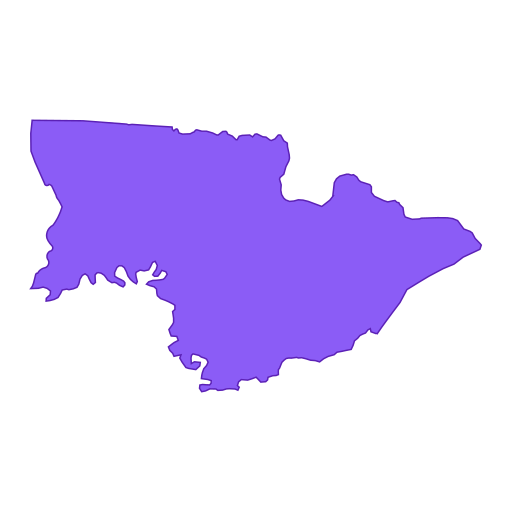 Koundara, Koundara, Guinea (Mercator projection)
{"feature_id": "49546643B96982587885478", "entity_name": "Koundara", "entity_type": "district", "adm_level": 2, "iso_a3": "GIN", "parent_name": "Guinea", "parent_adm1": "Koundara", "projection": "mercator", "projection_center": [-13.495, 12.338], "detail": "fine", "context": "isolated", "style": "filled", "palette": "violet", "viewbox_px": 512, "rotation_deg": 0, "n_neighbors": 0, "source": "geoboundaries", "source_scale": "gbopen_adm2", "svg_char_len": 5898}
<svg xmlns="http://www.w3.org/2000/svg" viewBox="0 0 512 512"><path d="M377.3,333.6L381.7,327.2L386.2,321.0L392.7,312.2L400.0,302.5L406.9,289.6L418.6,282.4L428.9,276.2L443.2,268.6L454.0,264.1L463.2,257.1L479.9,249.3L481.3,245.1L480.2,243.7L475.1,238.4L472.2,232.9L470.1,231.4L463.8,229.0L457.6,220.6L452.8,218.6L447.4,217.8L437.6,217.7L421.2,218.2L419.6,218.9L412.2,219.3L405.2,217.0L403.9,214.2L403.0,207.7L399.7,204.5L398.8,202.7L396.9,202.3L395.0,200.5L392.9,200.8L387.7,201.9L383.7,200.6L374.4,196.3L371.4,192.5L371.4,186.8L369.9,184.7L360.8,181.8L358.8,180.2L356.8,177.0L353.5,174.7L351.3,175.1L348.6,174.2L346.6,174.2L339.8,176.1L336.5,178.8L334.3,182.7L332.8,196.0L333.1,196.0L329.8,200.2L322.4,206.0L321.7,206.4L308.5,201.5L307.9,201.3L303.0,200.1L298.3,199.8L293.9,201.0L289.5,201.4L285.7,199.9L283.7,198.1L281.6,194.5L280.8,190.1L281.2,184.9L279.5,179.1L280.1,177.4L283.8,174.2L285.9,166.7L288.9,160.8L289.5,158.1L289.2,154.7L287.5,146.8L287.3,143.1L283.8,140.8L280.7,135.2L279.0,134.9L278.1,135.2L275.0,138.9L271.4,140.5L270.0,140.1L266.0,137.1L262.8,136.8L256.9,133.9L255.0,134.2L252.6,136.9L249.7,135.0L242.2,135.4L239.2,136.2L237.2,139.7L236.0,139.7L232.3,136.1L227.6,134.1L226.9,132.2L225.9,131.3L222.7,131.5L218.2,135.0L216.6,134.9L212.7,133.0L206.5,131.2L201.8,131.2L196.8,129.8L195.7,130.1L193.8,132.2L193.0,132.3L190.2,133.8L182.6,134.1L179.0,133.0L177.9,130.0L176.9,128.9L175.4,129.3L173.9,130.9L172.4,129.4L172.1,127.0L155.6,126.0L132.1,124.4L128.7,124.8L126.5,124.1L82.9,120.8L32.1,120.3L32.1,120.9L30.8,133.3L31.0,151.1L35.1,162.2L44.3,182.9L44.9,184.5L45.1,184.7L45.3,184.9L45.5,185.1L45.8,185.2L46.0,185.3L46.4,185.4L46.6,185.5L47.0,185.5L47.5,185.4L47.9,185.3L48.2,185.2L48.5,185.0L48.8,184.7L49.0,184.4L49.4,184.5L49.7,184.6L50.0,184.7L50.4,184.9L50.6,185.0L50.9,185.2L51.2,185.5L51.5,185.7L51.7,185.9L51.9,186.3L52.1,186.7L56.1,195.3L56.2,195.9L56.4,196.5L56.6,197.2L56.9,197.8L57.2,198.3L57.7,199.0L58.2,199.7L58.6,200.1L60.7,204.0L62.1,206.9L61.5,208.6L61.0,210.1L60.5,211.6L59.7,213.5L58.9,215.3L58.2,216.8L57.5,218.2L56.5,219.9L55.7,221.3L54.8,222.7L53.9,224.0L52.9,225.3L52.4,225.6L51.8,226.0L51.3,226.3L50.8,226.7L50.4,227.1L49.9,227.6L49.4,228.1L48.9,228.7L48.5,229.3L48.2,229.7L48.0,230.2L47.7,230.7L47.5,231.2L47.3,231.7L47.1,232.2L47.0,232.9L46.8,233.6L46.7,234.3L46.6,235.0L46.6,235.8L46.7,236.7L46.8,237.4L46.9,237.9L47.0,238.3L47.5,239.4L47.9,240.3L48.4,241.2L49.1,242.2L49.6,243.0L50.4,244.0L51.2,244.9L51.9,245.7L52.1,246.0L52.3,246.2L52.5,246.5L52.6,246.9L52.7,247.4L52.8,247.8L52.8,248.0L52.7,248.3L52.7,248.6L52.6,248.9L52.5,249.3L52.4,249.5L52.2,249.8L52.0,250.0L51.9,250.2L51.6,250.4L51.3,250.7L50.9,250.9L50.6,251.1L50.2,251.2L49.9,251.2L49.6,251.4L49.3,251.6L49.0,251.8L48.7,252.1L48.5,252.4L48.2,252.7L48.0,253.0L47.8,253.4L47.5,253.8L47.4,254.2L47.3,254.5L47.1,254.9L47.0,255.6L47.0,256.0L47.0,256.4L47.0,257.0L47.0,257.4L47.1,257.8L47.3,258.4L47.5,259.0L47.8,259.4L48.0,259.7L48.2,260.0L48.4,260.5L48.5,260.8L48.6,261.2L48.8,261.8L48.8,262.2L48.8,262.5L48.8,263.2L48.7,263.5L48.6,263.9L48.4,264.5L48.3,264.8L48.1,265.2L47.9,265.5L47.7,265.8L47.5,266.1L47.2,266.4L47.0,266.6L46.7,266.9L46.4,267.1L46.1,267.3L45.8,267.4L45.4,267.6L45.0,267.8L44.3,267.9L43.8,268.1L43.1,268.3L42.7,268.5L41.9,268.9L41.1,269.4L40.7,269.7L40.1,270.1L39.6,270.6L39.1,271.1L38.7,271.6L38.3,272.2L38.0,272.7L37.6,273.3L36.9,273.2L36.4,273.5L35.9,274.0L35.6,274.8L34.7,278.5L33.9,281.7L33.5,283.2L32.6,285.6L32.4,286.2L32.0,286.8L31.4,287.6L30.7,288.6L38.4,288.3L43.1,287.1L47.2,288.4L50.5,291.0L50.2,294.7L46.3,298.3L46.1,301.1L49.8,300.6L54.2,299.4L58.0,297.5L60.5,293.5L62.2,290.0L66.7,289.1L68.9,289.7L73.3,288.8L77.0,287.3L78.8,284.1L80.0,279.1L82.3,275.4L85.1,273.8L87.8,275.8L89.3,279.2L91.1,282.7L93.2,284.3L95.4,282.5L95.1,277.0L95.1,274.9L96.8,273.0L98.2,272.6L101.2,273.2L104.3,275.3L106.2,277.8L107.7,280.1L111.9,282.7L114.4,282.3L116.5,283.0L119.5,285.3L123.1,286.9L124.8,285.0L124.9,282.8L123.6,281.1L120.9,279.6L117.4,277.9L114.7,276.1L114.6,272.6L116.9,267.5L119.0,265.8L121.8,265.8L124.3,267.6L126.4,271.7L128.0,276.1L130.4,279.4L133.3,281.9L136.3,283.8L137.3,281.6L136.2,277.3L135.7,274.0L136.1,272.3L140.1,270.1L144.2,270.9L148.6,269.9L150.4,266.9L152.5,262.4L155.2,261.3L157.3,265.5L156.2,269.5L154.3,272.1L152.7,274.8L154.5,276.3L157.8,276.2L160.3,273.0L161.7,270.4L165.8,271.7L167.2,274.4L164.7,278.1L163.3,279.3L160.0,279.9L155.9,280.3L152.8,280.4L148.7,281.8L146.5,284.2L149.8,285.6L154.1,286.8L156.5,289.0L156.9,293.6L157.4,295.7L160.6,298.6L165.0,300.2L168.5,301.7L172.8,303.9L174.9,305.3L174.9,309.5L172.6,311.5L173.0,314.1L173.6,318.2L173.6,322.4L172.4,324.7L168.9,329.5L170.1,333.3L171.2,336.0L176.8,336.4L178.3,340.4L174.2,342.5L172.0,344.1L168.4,346.9L169.8,350.4L172.7,353.3L174.0,356.3L181.0,354.8L179.8,358.1L182.0,362.0L185.9,367.5L188.5,368.4L195.8,369.6L199.8,365.9L200.3,362.4L194.4,361.8L191.3,363.6L191.0,358.0L191.5,355.3L193.0,353.9L199.0,355.4L201.2,357.0L204.5,358.1L206.6,359.2L208.1,362.2L206.6,365.5L203.8,368.7L202.4,372.6L201.8,375.2L201.4,378.6L207.8,379.5L211.2,380.6L211.1,383.2L209.7,384.9L206.3,384.8L202.6,384.5L199.9,385.0L199.5,388.3L201.7,391.7L205.6,390.9L209.8,388.9L215.9,389.0L217.8,390.4L222.6,390.1L226.5,388.9L229.5,388.7L235.0,389.0L237.9,390.2L239.2,387.2L237.4,385.6L238.6,381.8L241.3,379.6L247.7,380.1L252.1,378.7L256.1,377.2L258.1,379.2L260.8,382.1L265.7,381.7L267.6,379.9L268.0,377.3L272.8,375.7L276.1,375.5L278.4,374.6L278.3,371.8L278.4,369.7L279.6,368.0L280.5,365.7L281.9,362.3L284.0,360.2L286.2,358.5L288.8,358.0L291.3,358.1L296.7,357.4L298.4,358.0L301.6,357.7L306.1,358.8L310.5,360.2L315.3,360.6L319.6,361.9L323.7,358.7L328.2,356.4L334.2,354.7L337.0,352.2L341.5,351.4L346.1,350.4L351.2,349.4L353.1,345.3L354.5,340.8L357.6,338.3L359.9,335.5L362.7,334.1L365.5,333.0L367.9,329.9L370.3,328.6L371.0,331.8L376.0,333.6L377.1,333.4L377.3,333.6Z" fill="#8b5cf6" stroke="#5b21b6" stroke-width="1.5"/></svg>